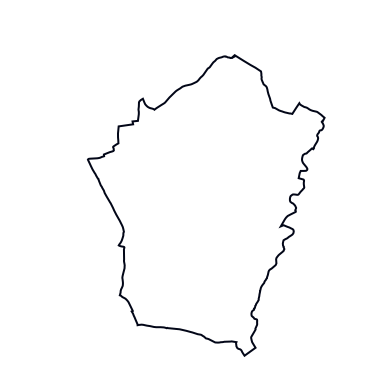 the district of Saulia, Mures, Romania, rotated 107°
{"feature_id": "2599482B86871181031429", "entity_name": "Saulia", "entity_type": "district", "adm_level": 2, "iso_a3": "ROU", "parent_name": "Romania", "parent_adm1": "Mures", "projection": "equal_earth", "projection_center": [24.211, 46.629], "detail": "fine", "context": "isolated", "style": "outline", "palette": "ink", "viewbox_px": 384, "rotation_deg": 107, "n_neighbors": 0, "source": "geoboundaries", "source_scale": "gbopen_adm2", "svg_char_len": 5811}
<svg xmlns="http://www.w3.org/2000/svg" viewBox="0 0 384 384"><g transform="rotate(107 192 192)"><path d="M335.3,205.1L334.7,204.0L333.6,201.4L333.3,199.9L333.0,196.2L332.5,192.8L332.2,189.0L331.8,186.9L330.4,182.2L329.7,179.2L329.6,177.1L329.7,176.6L329.2,175.9L329.3,175.6L326.9,163.7L326.7,161.0L326.4,156.6L326.3,153.0L326.2,150.5L326.3,144.8L326.2,144.2L325.9,141.8L326.0,140.9L326.4,140.0L326.7,138.5L327.5,136.7L327.9,136.0L327.9,135.3L327.8,134.5L327.8,133.1L329.1,125.8L328.4,123.0L327.7,121.3L327.3,120.7L326.6,118.8L325.7,117.1L324.2,112.7L323.6,111.0L323.3,110.5L322.6,105.6L323.6,105.7L324.6,105.3L325.5,104.8L326.3,104.6L327.6,103.5L328.2,102.6L328.4,101.4L328.4,99.8L328.7,99.0L329.1,98.4L329.7,97.8L330.6,97.0L333.2,93.9L322.4,85.7L318.1,90.5L316.4,91.6L314.6,92.6L313.8,92.9L313.1,92.9L306.8,91.4L304.9,91.0L304.2,91.4L299.9,90.9L299.5,91.0L299.1,91.2L298.4,91.3L297.3,91.8L296.3,91.9L295.5,92.3L295.1,92.5L294.9,92.9L294.9,93.5L295.0,94.6L294.9,95.4L294.4,95.9L294.0,96.5L293.9,97.0L293.7,97.2L293.3,98.2L293.0,98.7L292.1,99.2L290.9,99.6L289.9,99.7L288.9,99.7L287.8,99.3L287.3,98.9L286.9,98.5L286.4,98.3L285.7,98.3L285.3,98.6L284.5,98.0L282.6,98.1L282.3,98.2L281.8,97.9L280.4,97.9L277.4,97.0L276.6,96.9L276.2,96.7L275.5,96.7L274.8,97.0L272.0,97.2L270.3,97.5L267.1,97.8L266.9,98.0L266.6,98.1L266.3,98.1L265.9,97.9L263.9,98.1L263.1,98.0L262.1,97.9L260.1,97.3L257.9,96.4L256.5,96.4L255.7,96.2L255.2,96.0L254.9,95.8L253.6,95.6L252.6,95.1L251.9,95.3L249.1,95.2L245.5,95.5L244.5,95.3L243.3,94.7L242.0,93.5L237.9,90.9L237.4,90.6L235.6,90.4L231.7,91.9L230.2,91.9L229.1,91.5L227.3,90.8L226.4,90.3L224.6,89.1L222.5,87.7L222.0,87.5L221.4,87.1L221.1,87.1L220.8,87.2L220.5,87.2L220.0,87.0L219.6,87.0L218.4,87.9L218.2,88.2L217.6,88.2L217.4,88.4L217.2,88.8L216.7,89.1L216.4,89.4L214.6,90.1L212.4,90.3L211.4,90.3L210.8,89.8L209.8,88.9L209.0,88.0L208.3,87.3L206.7,86.3L204.5,84.4L203.3,83.5L201.9,83.0L200.2,83.1L198.9,83.7L198.3,84.4L198.0,85.4L197.8,86.8L197.5,88.3L197.4,90.6L197.0,94.6L197.5,95.3L198.9,97.0L191.0,95.2L188.9,94.5L187.8,93.9L187.0,93.5L184.7,91.2L180.7,87.0L179.9,87.1L179.3,87.9L177.1,87.7L176.7,87.8L174.8,89.5L173.5,91.8L173.2,93.6L172.5,95.2L171.4,95.9L169.8,96.4L168.2,96.6L166.9,96.4L165.1,95.1L164.7,94.4L164.3,92.8L164.0,90.9L163.7,89.9L163.2,89.4L162.5,89.1L160.3,88.3L157.3,86.8L156.6,86.6L156.0,86.2L155.4,86.0L154.8,86.0L152.0,87.3L150.5,87.8L148.6,88.1L148.1,88.3L147.8,88.6L147.5,89.0L147.6,94.0L142.5,94.5L140.1,94.2L139.4,91.9L138.6,89.7L138.4,89.2L138.0,88.8L137.5,88.5L137.0,88.3L136.3,88.4L135.8,88.7L134.7,89.9L132.2,93.7L131.5,94.6L129.9,95.8L129.1,96.2L127.8,96.5L127.1,96.6L125.1,96.7L124.0,96.5L122.7,95.4L122.3,95.0L122.0,94.3L121.6,93.7L120.2,93.0L117.0,91.0L115.5,90.2L115.2,89.9L115.4,89.3L115.6,88.8L115.6,88.5L114.4,88.2L114.1,88.5L111.7,88.2L107.1,87.0L105.3,86.9L103.6,87.1L102.5,87.8L101.9,88.6L101.1,88.9L99.8,88.7L98.8,88.3L98.1,88.0L96.6,88.0L95.9,87.7L95.5,87.3L95.2,86.5L95.1,86.3L94.4,85.8L93.6,85.5L92.6,85.3L91.7,85.2L90.9,85.2L89.9,85.5L88.3,86.8L87.0,88.4L85.9,88.0L86.0,87.6L82.3,86.9L81.8,88.0L81.2,89.5L80.6,90.6L78.9,95.4L78.8,96.2L79.0,99.1L79.1,100.4L79.0,102.4L78.8,103.4L78.7,103.9L78.2,105.4L77.8,106.9L77.8,108.5L77.9,109.3L77.2,112.6L76.7,114.2L76.2,114.8L75.7,115.3L81.3,117.0L88.0,118.9L88.1,120.6L88.4,121.8L88.5,123.4L88.6,124.9L88.7,126.2L88.7,127.4L88.6,129.2L88.6,131.0L88.5,132.6L87.5,137.0L87.6,139.2L87.6,139.4L86.0,140.6L81.7,143.7L80.0,144.6L76.1,147.5L73.5,149.1L71.9,149.9L70.2,151.0L69.6,151.6L69.2,152.2L68.7,153.4L68.1,155.0L67.3,155.6L66.3,156.5L65.8,156.9L64.1,158.3L62.8,158.8L61.8,158.9L60.4,159.7L58.7,160.2L57.0,161.0L56.5,161.3L54.6,167.7L53.4,173.3L52.4,177.2L51.6,180.4L48.7,191.2L50.9,192.5L50.8,191.7L51.5,192.4L52.0,192.7L52.2,193.1L52.2,193.4L52.6,194.3L52.5,194.6L52.6,194.9L52.5,195.5L52.8,197.1L52.5,198.9L52.8,199.6L52.6,200.0L53.1,201.1L53.5,201.8L54.5,203.0L55.9,205.4L56.6,206.2L57.7,207.3L59.8,208.2L61.8,209.5L63.4,210.1L67.5,211.5L69.0,212.6L69.3,213.0L76.8,215.4L77.4,215.7L78.4,216.2L79.6,217.0L81.3,217.8L83.2,218.5L84.8,219.4L85.6,220.1L87.1,221.7L88.8,223.6L89.4,224.4L90.4,226.1L92.3,229.5L94.1,231.9L96.4,233.6L99.0,235.9L100.5,237.0L108.2,241.2L113.7,243.6L114.7,244.1L115.6,244.8L117.5,246.5L122.1,250.4L124.3,252.0L124.0,252.5L123.9,253.6L123.9,254.8L124.0,256.4L123.9,257.6L123.6,259.0L123.3,259.8L122.5,261.3L121.7,262.5L120.2,263.8L117.2,266.2L119.0,267.8L120.8,268.8L121.8,268.9L125.9,267.8L128.7,267.3L130.1,266.7L130.8,266.3L133.2,265.6L139.8,264.5L141.9,269.5L144.5,268.1L150.7,281.3L157.6,279.9L161.4,278.7L164.4,277.5L167.0,276.6L168.8,278.3L171.4,280.4L171.9,280.6L172.3,280.5L173.2,279.7L175.1,278.9L175.8,279.2L176.6,280.2L177.8,282.1L181.9,287.2L183.5,286.5L184.7,288.3L186.1,289.9L186.6,290.7L187.4,292.3L190.1,299.6L190.5,300.4L191.1,300.9L191.5,301.0L194.9,297.9L196.7,296.3L199.5,293.7L202.4,290.5L202.8,289.9L204.5,288.3L206.8,285.8L206.8,285.4L208.3,284.4L212.4,281.1L213.3,279.9L214.5,278.8L216.4,276.7L218.5,275.2L221.2,272.4L225.5,267.7L226.0,267.2L226.4,266.6L230.4,262.8L232.5,261.0L235.8,257.8L240.7,252.6L242.3,251.1L244.3,249.2L245.8,247.9L247.4,246.9L249.9,245.5L250.6,245.5L250.8,245.6L251.7,245.5L253.5,245.0L254.0,244.9L257.1,244.9L259.1,245.0L260.4,245.2L261.6,245.5L263.5,246.2L264.5,246.4L264.7,245.3L264.7,243.7L264.4,241.7L264.5,240.7L264.9,240.4L266.8,240.3L276.4,237.2L277.8,236.9L278.9,236.4L280.4,235.6L281.9,234.9L282.8,234.7L284.7,234.2L289.0,234.0L292.7,233.8L294.5,233.5L295.7,232.9L298.0,231.9L299.3,231.4L300.9,231.0L302.0,230.8L304.0,231.0L305.7,231.3L307.3,231.3L309.1,230.9L311.9,230.8L311.9,229.8L312.8,227.9L313.2,225.7L313.5,224.4L314.5,222.5L315.3,221.3L316.0,220.4L323.1,213.8L323.4,214.0L323.9,214.7L325.6,212.8L327.2,211.6L328.6,210.3L330.3,208.9L334.2,205.6L335.3,205.1Z" fill="none" stroke="#020617" stroke-width="2"/></g></svg>